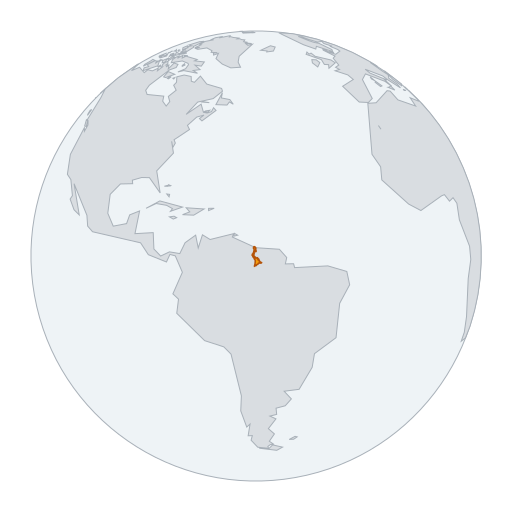 East Berbice-Corentyne highlighted on a globe, orthographic projection, rotated 347°
{"feature_id": "GUY-671", "entity_name": "East Berbice-Corentyne", "entity_type": "Region", "adm_level": 1, "iso_a3": "GUY", "parent_name": "Guyana", "parent_adm1": "", "projection": "orthographic", "projection_center": [-57.523, 3.897], "detail": "fine", "context": "on_globe", "style": "filled", "palette": "amber", "viewbox_px": 512, "rotation_deg": 347, "n_neighbors": 0, "source": "natural_earth", "source_scale": "10m", "svg_char_len": 10237}
<svg xmlns="http://www.w3.org/2000/svg" viewBox="0 0 512 512"><g transform="rotate(347 256 256)"><circle cx="256" cy="256" r="225" fill="#eef3f6" stroke="#a8b0b8"/><path d="M183.4,42.7L184.9,42.3L176.4,47.4L185.0,45.9L188.3,52.2L192.6,50.2L196.6,52.3L203.0,51.0L201.7,53.3L207.9,50.5L207.8,48.7L210.4,47.1L214.2,46.4L213.3,48.8L211.3,49.6L213.0,50.0L210.9,51.6L214.1,50.4L212.6,54.0L219.6,49.6L223.1,51.7L220.6,54.4L213.6,55.2L190.5,65.6L185.8,69.7L186.2,74.1L202.1,79.5L199.9,84.2L202.2,89.7L206.7,86.2L206.5,80.8L215.5,76.5L214.2,71.1L217.6,68.9L219.2,63.6L226.7,63.5L233.2,66.5L232.3,71.2L235.1,72.9L242.3,68.2L246.7,77.4L260.2,85.0L260.4,87.9L249.7,93.0L233.8,92.9L219.8,102.3L236.7,95.7L237.1,104.2L240.5,105.7L245.1,105.3L248.0,102.0L249.8,105.2L233.7,112.2L231.8,109.4L237.0,107.0L229.5,107.3L218.6,113.3L219.7,117.8L202.3,124.3L202.8,127.8L199.3,131.6L199.6,125.3L198.7,137.2L178.4,150.7L176.8,173.0L169.8,155.7L162.2,153.8L152.6,154.3L152.1,157.8L140.1,155.3L127.8,163.1L121.2,181.0L123.6,194.8L137.2,195.3L142.2,187.5L152.7,185.9L143.1,207.0L161.1,210.1L158.1,226.2L163.1,234.6L172.6,232.5L182.3,236.5L189.9,227.1L201.9,222.1L201.5,235.2L208.6,223.3L215.0,229.6L239.2,229.2L237.2,232.2L257.5,247.8L280.3,254.7L285.6,264.4L282.8,270.3L290.9,272.0L291.0,276.0L323.8,281.8L341.0,291.5L340.8,305.1L326.9,320.9L315.6,353.6L291.0,364.3L285.7,377.1L268.0,395.6L253.0,394.1L258.3,403.2L250.8,408.5L241.3,408.8L240.5,415.0L233.5,415.1L238.8,419.2L229.2,427.0L233.9,433.5L227.3,439.5L230.6,443.1L227.5,443.0L224.7,444.2L225.0,446.2L214.7,442.7L209.8,434.4L212.0,430.2L207.9,429.4L212.4,418.4L208.5,420.6L206.3,403.5L210.3,389.0L209.6,346.0L204.2,337.3L186.9,326.9L165.9,294.0L170.8,280.6L166.5,274.2L180.6,255.3L177.4,237.7L172.5,235.1L167.4,241.7L151.4,230.5L146.5,217.2L102.2,195.6L98.7,189.0L100.4,178.3L95.0,144.6L93.0,176.2L89.1,170.0L87.7,158.7L90.7,155.9L92.8,139.9L90.6,134.0L98.0,115.2L117.6,92.4L116.9,95.8L121.7,90.6L122.8,86.4L122.4,85.1L140.3,67.0L146.4,59.7L140.8,62.5L147.9,58.5L141.4,62.1L161.9,51.3L183.4,42.7ZM174.7,180.7L195.4,191.8L182.7,193.2L185.3,191.1L180.3,186.5L170.5,182.4L159.6,184.8L174.7,180.7ZM186.1,168.3L182.4,167.4L186.2,167.3L186.1,168.3ZM121.4,85.1L122.3,86.7L119.7,91.8L118.4,90.6L121.4,85.1ZM127.2,76.7L128.9,76.3L123.4,81.1L124.2,79.8L127.2,76.7ZM135.7,65.5L134.8,66.1L135.7,65.5ZM215.0,64.1L217.0,63.9L215.7,65.0L215.0,64.1ZM213.7,62.3L210.6,63.7L209.6,63.1L211.5,62.2L213.7,62.3ZM217.7,60.7L208.1,61.8L206.3,60.7L212.0,56.6L217.7,60.7ZM206.1,48.5L206.4,50.3L202.7,49.6L206.1,48.5ZM203.1,48.6L187.8,50.0L189.3,47.5L194.1,47.3L193.1,45.1L201.3,43.1L203.7,43.8L201.1,45.7L206.2,43.6L203.1,48.6ZM211.2,46.4L208.0,46.7L209.0,44.5L215.6,43.5L213.2,44.5L211.2,46.4ZM188.9,45.7L190.8,44.2L198.0,42.0L199.7,41.2L201.7,42.8L188.9,45.7ZM214.8,44.6L219.0,43.1L221.9,43.7L214.4,46.0L214.8,44.6ZM206.5,44.4L207.3,43.4L209.0,43.6L206.5,44.4ZM234.6,45.5L230.8,45.5L231.0,44.2L234.6,45.5ZM220.3,42.6L219.3,42.4L218.9,42.1L222.1,41.3L220.3,42.6ZM206.6,41.4L209.2,41.0L206.1,40.6L211.4,39.4L211.7,40.8L213.8,39.7L215.4,39.3L213.9,41.0L206.6,41.4ZM224.3,39.5L226.6,41.5L233.7,41.7L233.8,42.7L222.3,42.3L224.3,39.5ZM218.3,40.2L222.1,39.9L220.2,41.0L216.5,42.0L218.3,40.2ZM214.8,38.1L206.7,39.6L206.9,39.3L214.8,38.1ZM226.8,39.2L226.2,38.8L227.5,39.1L226.8,39.2ZM218.9,38.1L216.0,38.6L216.3,38.2L218.9,38.1ZM227.4,37.7L228.1,38.2L225.7,38.8L227.4,37.7ZM223.8,37.7L224.9,37.1L224.3,38.6L222.5,37.9L223.8,37.7ZM219.7,37.7L218.9,37.6L220.9,37.5L219.7,37.7ZM236.4,35.8L236.2,37.6L230.8,38.6L231.7,36.6L236.4,35.8ZM232.5,450.0L215.9,444.0L225.0,446.7L229.7,443.8L238.9,448.2L232.5,450.0ZM247.1,442.2L253.5,440.5L255.4,441.5L251.5,443.0L247.1,442.2ZM436.4,121.1L436.1,122.8L428.9,114.4L423.3,105.3L423.3,105.1L436.4,121.1ZM410.1,91.7L411.6,93.1L414.6,96.0L417.0,98.6L414.4,96.2L412.2,94.0L410.8,93.1L421.3,104.9L425.5,109.1L425.4,112.8L432.4,120.5L434.6,124.7L423.5,113.4L419.9,109.0L404.4,98.6L408.2,103.4L423.0,113.9L421.1,113.3L426.4,121.1L420.9,114.8L403.6,103.2L399.4,108.0L404.7,128.7L400.0,131.7L391.2,129.2L378.6,110.1L390.5,105.9L386.2,100.2L374.7,93.3L379.3,93.0L376.0,90.0L379.6,88.6L375.7,80.6L378.0,79.0L367.8,70.6L367.6,69.0L373.7,74.2L379.1,77.4L383.8,75.2L382.1,73.2L375.1,68.2L377.3,68.7L369.9,64.2L368.4,61.7L364.1,61.4L355.8,56.7L350.1,52.9L346.6,51.6L355.8,58.0L360.2,60.7L365.2,63.0L376.4,71.9L376.7,74.0L362.0,65.3L360.8,67.8L349.9,60.9L331.6,46.3L328.4,43.6L341.4,47.5L347.1,50.0L345.3,49.6L355.0,53.7L350.4,51.5L352.2,52.3L347.2,50.0L364.2,58.4L380.4,68.2L395.8,79.3L410.1,91.7ZM452.1,145.0L455.5,151.4L451.4,144.1L457.6,155.4L464.3,170.1L469.9,185.3L474.4,200.8L477.8,216.7L480.1,232.7L481.2,248.9L481.1,265.1L479.9,281.2L477.5,297.2L473.9,313.0L469.3,328.5L463.5,343.7L456.7,358.3L448.8,372.5L448.6,372.8L441.6,383.0L436.8,385.2L441.8,377.2L447.5,362.4L457.7,325.7L464.5,307.7L466.3,294.5L462.3,266.5L463.6,249.8L461.1,243.5L456.9,246.1L453.4,238.6L450.4,239.1L426.9,248.8L416.4,239.7L395.7,210.2L397.5,197.1L391.9,183.0L399.3,132.4L407.5,133.7L420.9,124.4L423.8,125.5L429.4,135.8L445.3,145.8L441.8,136.5L449.0,141.5L449.1,140.1L441.8,128.7L452.1,145.0ZM404.6,156.4L406.3,160.6L404.6,156.4ZM240.0,229.0L242.8,231.6L238.9,231.7L240.0,229.0ZM180.5,198.4L185.1,198.8L187.3,200.8L183.7,201.4L180.5,198.4ZM220.5,198.9L226.0,200.1L220.0,201.1L220.5,198.9ZM198.8,193.3L216.0,198.5L204.5,202.2L193.7,199.2L201.4,198.1L198.8,193.3ZM183.0,175.5L185.7,176.5L184.6,178.8L183.0,175.5ZM188.8,168.3L187.7,168.5L186.5,166.6L188.8,168.3ZM238.1,103.7L239.4,103.3L243.8,103.6L241.4,105.0L238.1,103.7ZM265.7,97.7L268.0,103.0L264.7,99.9L261.7,102.4L251.0,99.5L260.0,89.3L257.8,94.2L265.7,97.7ZM239.2,93.7L245.0,96.1L238.3,93.9L239.2,93.7ZM354.6,77.2L358.8,78.4L361.7,81.9L358.7,85.7L354.4,80.5L354.6,77.2ZM363.9,79.4L350.2,70.8L351.5,68.7L353.1,71.2L355.3,70.7L358.5,74.7L373.2,81.9L376.7,85.6L369.3,89.5L369.8,85.9L365.7,84.7L363.9,79.4ZM312.9,58.7L306.9,56.6L317.4,54.4L321.7,56.7L319.1,60.2L312.4,59.6L312.9,58.7ZM229.7,54.0L226.8,54.6L227.0,53.7L229.7,52.6L229.7,54.0ZM232.8,45.6L242.9,51.3L240.0,52.0L249.3,55.3L245.4,58.7L239.5,56.3L243.4,61.8L236.5,61.1L240.1,64.8L227.3,59.1L221.3,59.1L229.5,57.7L233.3,54.4L233.1,53.0L228.1,49.4L216.9,48.6L218.9,45.9L223.2,44.2L226.2,43.9L224.0,45.7L229.6,44.1L228.6,46.5L232.8,45.6ZM273.0,34.6L269.2,35.2L280.3,35.5L279.4,36.6L280.7,36.6L282.9,37.9L288.0,39.7L286.5,40.2L289.1,40.7L290.6,41.9L293.7,42.9L292.1,44.4L295.8,45.8L293.0,45.8L299.6,48.0L294.0,47.1L295.4,48.9L300.1,48.9L284.5,57.6L282.2,63.1L283.4,68.6L273.7,67.0L266.3,61.4L261.4,54.7L265.0,50.1L259.9,50.7L260.1,48.7L264.0,49.1L258.1,47.5L259.3,46.1L255.0,42.2L245.7,41.5L243.9,40.3L248.1,40.0L243.3,39.2L250.1,37.9L249.0,37.2L254.5,35.5L263.3,35.8L261.4,35.0L265.5,34.2L273.0,34.6ZM238.2,35.3L249.0,34.5L253.8,35.1L242.1,37.8L242.2,38.6L234.9,41.1L228.1,40.5L230.8,39.8L231.9,39.0L233.6,39.5L233.0,38.5L236.7,37.6L237.3,36.7L240.6,36.7L238.2,35.3ZM422.6,121.3L424.0,121.4L425.3,120.4L428.6,125.6L422.6,121.3ZM411.1,113.5L411.7,112.5L417.0,118.6L415.5,118.9L411.1,113.5ZM407.5,107.1L411.3,112.0L408.4,109.5L407.5,107.1ZM373.8,73.3L374.0,72.4L375.7,73.5L377.7,75.4L373.8,73.3ZM305.6,38.1L302.6,37.7L301.6,37.4L293.5,35.9L293.5,35.3L298.4,36.0L305.6,38.1ZM438.9,124.5L441.5,128.4L440.3,126.8L439.7,125.7L438.9,124.5ZM436.8,126.7L439.4,128.4L437.7,128.1L436.8,126.7ZM304.2,37.2L300.9,36.6L303.0,36.7L304.2,37.2ZM293.1,34.9L294.7,34.9L292.6,35.1L293.1,34.9ZM290.4,33.4L293.7,34.0L292.0,33.7L290.4,33.4Z" fill="#d9dde1" stroke="#a8b0b8" stroke-width="1"/><path d="M256.8,258.0L257.0,258.2L256.9,258.4L256.9,258.5L257.0,258.6L256.9,258.6L256.9,258.8L257.0,258.9L256.9,258.9L256.9,259.0L257.0,259.0L257.1,258.9L257.1,259.0L257.2,259.3L257.2,259.6L257.3,259.7L257.3,259.8L257.2,259.8L257.2,260.1L257.3,260.1L257.5,260.2L257.5,260.4L257.7,260.5L257.8,260.7L257.8,260.8L257.9,261.0L257.9,260.9L258.0,261.0L257.9,261.1L258.0,261.2L258.1,261.3L258.1,261.5L258.2,261.4L258.2,261.5L258.3,261.7L258.3,261.8L258.5,262.0L258.5,262.3L258.8,262.6L258.8,262.8L259.2,263.3L259.3,263.4L259.7,263.4L259.9,263.5L260.0,263.6L259.9,263.8L259.7,263.8L259.5,263.7L259.4,263.7L259.4,263.8L259.2,263.8L258.9,263.9L258.9,264.0L258.5,263.9L258.4,263.8L258.1,263.8L257.9,263.7L257.6,263.4L257.1,263.7L256.9,263.6L256.7,263.6L256.5,263.8L256.4,263.8L256.3,264.1L256.2,264.2L256.0,264.5L255.8,264.6L255.7,264.6L255.2,264.6L254.9,264.6L254.6,264.8L254.4,264.9L254.2,264.8L254.2,265.0L254.1,265.3L253.9,265.4L253.7,265.4L253.5,265.2L253.4,265.2L253.2,265.2L252.9,265.1L252.7,265.2L252.6,265.3L252.6,265.5L252.2,265.6L252.2,265.4L252.4,265.1L252.5,264.9L252.8,264.4L252.9,264.1L253.1,263.9L253.7,262.1L254.0,261.6L254.0,261.4L254.0,261.2L254.0,260.7L254.1,260.4L254.4,260.0L254.4,259.9L254.1,259.3L253.7,258.7L253.7,258.4L253.7,258.2L253.5,257.6L253.5,257.4L253.4,257.1L253.0,256.6L253.0,256.4L252.8,255.9L252.9,255.7L252.7,255.0L252.5,254.7L252.4,254.6L252.6,254.1L252.6,253.8L253.0,253.2L253.7,253.1L253.8,253.1L254.0,252.6L254.1,252.3L254.1,252.2L254.6,251.6L254.8,251.1L255.0,250.8L255.1,250.5L255.2,250.4L255.3,250.3L255.3,250.2L255.4,249.8L255.6,248.9L255.7,248.7L255.4,248.2L255.4,247.9L255.3,247.7L255.5,247.6L255.7,247.4L255.6,247.2L255.9,247.0L256.0,246.9L256.0,246.7L256.1,246.4L256.3,246.4L256.4,246.5L256.6,246.6L256.8,246.7L256.9,246.8L257.2,247.1L257.3,247.3L257.4,247.6L257.5,247.7L257.5,247.8L257.4,247.7L257.5,247.9L257.5,248.0L257.4,248.3L257.4,248.5L257.3,248.8L257.4,249.2L257.4,249.3L257.1,249.7L257.1,249.8L257.0,250.0L256.8,250.3L256.7,250.4L256.7,250.5L256.8,250.5L256.8,250.4L256.9,250.7L256.9,250.8L257.0,250.8L257.1,250.7L257.3,250.9L257.3,251.0L257.2,251.1L256.9,251.0L256.8,251.3L256.9,251.6L256.7,251.6L256.2,251.7L255.9,251.6L255.7,251.7L255.4,251.6L255.2,251.7L255.1,251.8L255.0,252.0L254.9,252.0L254.8,251.9L254.7,251.9L254.7,252.0L254.4,252.3L254.4,252.5L254.5,252.5L254.6,252.8L254.8,253.0L254.7,253.1L254.6,253.4L254.5,253.5L254.4,253.8L254.3,254.0L254.3,254.3L254.3,254.5L253.9,254.8L253.9,255.0L254.0,255.5L254.1,255.8L254.4,256.0L254.6,256.3L254.7,256.5L254.7,256.8L254.8,256.8L254.9,257.0L255.1,257.0L255.3,257.3L255.5,257.4L255.5,257.5L255.5,257.8L255.4,257.9L255.5,257.9L255.5,258.0L255.8,258.1L256.0,258.1L256.4,258.1L256.5,258.1L256.8,258.0Z" fill="#f59e0b" stroke="#b45309" stroke-width="1.5"/></g></svg>